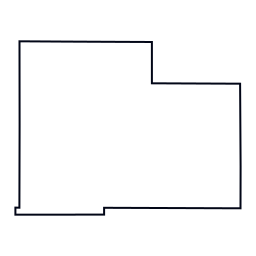 Olmsted, Minnesota, United States of America
{"feature_id": "52423323B15462703536007", "entity_name": "Olmsted", "entity_type": "district", "adm_level": 2, "iso_a3": "USA", "parent_name": "United States of America", "parent_adm1": "Minnesota", "projection": "equal_earth", "projection_center": [-92.471, 44.015], "detail": "fine", "context": "isolated", "style": "outline", "palette": "ink", "viewbox_px": 256, "rotation_deg": 0, "n_neighbors": 0, "source": "geoboundaries", "source_scale": "gbopen_adm2", "svg_char_len": 305}
<svg xmlns="http://www.w3.org/2000/svg" viewBox="0 0 256 256"><path d="M15.4,207.6L15.4,214.7L104.1,214.6L104.1,207.8L240.5,208.3L240.6,166.6L240.1,83.7L151.9,83.3L151.9,42.0L107.9,41.8L66.5,41.6L19.5,41.3L19.6,124.5L19.5,166.0L19.4,207.7L15.4,207.6Z" fill="none" stroke="#020617" stroke-width="2"/></svg>